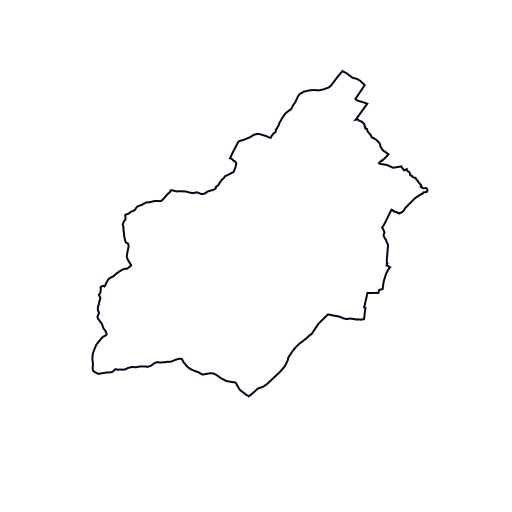 the district of Bagaciu, Mures, Romania, rotated 136°
{"feature_id": "2599482B34559158259683", "entity_name": "Bagaciu", "entity_type": "district", "adm_level": 2, "iso_a3": "ROU", "parent_name": "Romania", "parent_adm1": "Mures", "projection": "equal_earth", "projection_center": [24.35, 46.273], "detail": "fine", "context": "isolated", "style": "outline", "palette": "ink", "viewbox_px": 512, "rotation_deg": 136, "n_neighbors": 0, "source": "geoboundaries", "source_scale": "gbopen_adm2", "svg_char_len": 6032}
<svg xmlns="http://www.w3.org/2000/svg" viewBox="0 0 512 512"><g transform="rotate(136 256 256)"><path d="M271.4,362.4L274.4,361.7L276.1,362.0L283.0,361.4L285.5,361.4L286.1,361.5L286.6,361.8L289.5,364.9L291.0,366.2L294.0,367.8L296.0,369.2L297.4,370.6L297.9,370.9L299.4,371.1L300.6,371.8L302.2,371.8L303.6,372.6L306.8,373.9L308.6,373.9L309.4,373.8L310.9,373.2L311.5,373.4L313.1,373.7L315.3,374.7L316.8,374.9L318.2,374.9L321.2,376.4L321.5,376.4L323.9,373.5L324.3,373.2L324.9,372.9L327.2,372.6L329.5,371.5L330.0,371.2L331.4,368.7L332.9,367.2L335.1,364.1L337.3,361.5L338.1,360.2L339.6,357.6L340.2,356.1L339.6,354.8L339.4,353.8L340.0,353.0L340.3,352.0L340.9,351.4L344.5,349.0L348.2,346.3L349.4,345.3L349.7,344.9L350.8,342.4L352.2,336.2L352.5,335.9L353.0,335.8L355.3,336.2L357.3,336.4L357.8,336.5L358.8,337.6L360.0,338.3L361.0,338.8L361.8,338.9L362.2,339.3L363.0,339.3L364.2,339.6L368.5,340.3L372.8,340.5L375.9,341.5L377.6,341.8L378.4,341.8L382.5,340.6L385.2,339.4L385.7,339.4L386.2,339.4L386.3,340.2L386.8,340.8L388.0,341.3L389.6,341.5L390.1,340.6L392.9,338.0L393.7,337.6L396.0,337.2L397.2,333.7L401.6,331.3L403.0,330.1L404.3,329.7L405.6,328.7L406.9,327.4L407.4,326.8L407.6,326.5L408.2,324.5L408.8,324.0L409.2,323.7L411.4,322.9L412.4,322.3L413.1,320.8L414.0,314.5L414.3,313.5L415.8,310.4L416.1,309.2L416.5,306.0L417.1,304.6L417.9,303.5L418.6,303.2L419.1,303.2L421.6,304.0L422.8,304.2L425.7,304.0L432.6,303.1L440.9,299.4L442.0,298.5L445.4,295.4L448.3,291.6L451.5,288.7L452.9,286.7L452.8,285.5L452.3,283.6L451.2,280.5L448.9,279.1L446.1,277.1L443.9,275.6L442.7,274.4L440.4,272.6L437.5,272.2L436.1,272.3L435.6,272.0L434.3,270.2L429.2,265.4L425.9,264.4L422.6,262.5L419.4,259.2L416.3,257.2L414.6,255.6L412.0,253.1L411.3,251.8L410.9,251.6L408.1,250.1L403.8,249.5L400.8,248.4L399.7,246.7L398.3,245.3L395.9,243.5L394.9,242.5L393.4,241.6L391.6,239.8L390.3,238.9L386.6,237.5L384.1,236.3L382.7,235.5L380.9,233.5L381.9,230.0L382.2,225.7L382.2,222.6L381.9,221.3L381.7,220.9L381.6,220.0L380.9,218.2L379.5,214.9L378.2,212.5L377.1,208.4L376.4,207.5L373.7,205.8L369.6,202.8L368.2,200.9L367.6,199.5L366.9,196.8L366.2,193.0L365.6,190.8L364.2,186.9L363.7,185.9L361.7,183.3L360.8,181.9L359.6,180.7L358.8,179.3L358.8,178.4L359.1,177.0L359.8,174.6L360.6,170.8L359.4,162.5L358.7,161.0L358.6,160.0L352.1,159.5L346.8,159.4L341.7,157.0L337.1,156.2L320.1,156.0L313.2,156.5L310.8,157.0L305.2,159.1L303.8,160.3L303.3,160.5L295.1,162.3L290.0,162.8L286.4,162.8L279.8,162.1L276.9,161.7L271.9,161.8L271.0,161.3L270.4,161.2L258.0,163.9L244.8,164.0L242.4,160.4L238.2,154.6L236.2,150.0L234.2,147.2L232.1,146.0L230.1,143.6L227.4,139.9L226.6,139.6L224.7,137.2L223.6,136.7L222.6,135.7L222.1,135.6L213.3,142.7L213.9,143.9L204.8,149.8L201.6,152.0L193.6,144.4L190.9,146.0L187.9,144.2L184.7,146.8L181.8,149.0L176.4,152.0L173.7,153.3L173.2,153.3L170.5,154.4L169.8,154.3L169.1,154.6L167.4,154.7L167.9,156.6L168.6,158.5L166.8,159.3L167.0,159.8L164.2,162.7L154.7,171.0L153.1,172.6L152.5,174.9L151.3,177.3L151.1,178.4L151.2,178.9L149.9,182.3L149.4,182.5L148.7,183.1L147.5,183.4L146.3,185.8L145.9,187.2L145.5,188.9L143.7,189.2L140.3,190.2L132.9,192.9L126.4,195.2L125.7,193.4L126.0,193.3L125.7,192.0L124.3,189.7L124.1,188.9L124.0,187.8L123.7,187.3L123.2,187.5L122.0,186.6L121.4,186.3L120.3,186.1L118.8,186.0L117.7,186.2L115.7,186.7L114.0,186.9L101.5,187.1L95.1,186.0L93.1,185.3L92.4,185.1L91.9,185.2L91.6,185.5L88.6,183.5L87.7,183.7L87.5,183.8L87.3,184.3L86.9,184.5L86.4,185.2L86.3,186.3L86.4,186.6L87.1,187.3L88.4,188.2L88.7,188.6L88.9,189.2L89.0,189.9L89.4,190.8L89.3,191.5L88.4,191.6L88.1,191.9L88.0,192.8L88.1,193.3L87.8,194.2L88.0,195.5L87.5,197.2L87.5,198.1L87.5,199.5L87.0,201.2L87.0,201.4L87.3,201.9L88.0,202.8L88.4,204.2L88.1,205.3L88.2,205.6L88.9,206.7L88.8,207.4L88.6,207.8L87.9,208.3L87.7,209.0L87.6,209.9L87.6,210.4L87.9,210.9L87.9,211.3L87.8,212.4L87.9,212.6L87.8,213.2L87.3,213.8L88.9,214.4L89.9,214.6L89.6,219.2L89.3,219.5L95.9,224.1L96.3,224.7L98.2,229.8L98.8,230.9L103.0,236.4L103.1,237.4L99.4,237.5L99.3,236.9L93.6,236.9L90.0,237.2L90.4,239.1L90.7,241.3L91.2,242.9L91.2,244.9L90.5,248.0L89.0,250.7L88.8,251.3L88.7,252.6L88.8,255.6L88.9,256.8L89.5,258.4L89.4,259.2L89.7,259.8L90.3,260.5L90.3,260.8L89.7,263.0L89.4,263.5L89.4,265.8L89.3,266.2L89.1,268.4L88.7,269.0L88.1,269.8L87.9,270.2L88.7,271.4L88.8,272.0L88.6,272.5L87.9,272.6L87.7,273.2L87.8,273.7L87.7,273.9L87.3,274.4L87.1,274.8L86.7,275.0L86.4,277.2L86.6,278.1L86.5,279.0L87.2,280.4L87.6,281.5L88.0,281.9L87.9,283.5L88.1,284.0L88.5,284.3L89.2,284.5L89.7,284.8L70.2,288.2L70.9,289.9L74.5,296.3L75.3,298.0L75.4,299.0L75.4,299.9L59.1,303.4L59.4,309.8L60.2,312.8L61.1,314.6L62.3,316.3L62.8,317.6L63.2,319.9L63.8,324.0L64.2,325.5L65.2,328.2L65.3,329.0L73.8,328.1L83.5,326.5L85.2,326.5L87.2,326.9L89.1,327.9L91.0,328.5L91.8,329.1L93.4,330.0L95.9,331.7L96.7,332.4L97.2,333.2L99.6,335.7L102.4,337.9L104.0,339.0L105.3,339.6L107.3,341.0L108.3,341.3L109.8,341.4L111.1,342.0L111.8,342.1L112.7,342.1L116.1,341.3L117.1,340.7L118.4,340.4L120.0,339.7L121.1,339.3L124.2,338.8L127.8,337.4L128.8,337.3L133.9,338.0L136.0,338.1L137.3,337.9L140.6,337.1L141.8,337.0L143.8,336.2L146.2,335.7L148.6,334.5L152.0,333.3L153.0,333.1L154.1,333.1L154.4,332.3L155.4,331.8L156.2,331.7L158.4,331.9L160.3,331.7L162.0,331.3L163.3,330.8L164.3,332.3L165.4,335.3L167.4,338.7L168.3,340.5L168.9,341.5L170.2,342.8L172.9,344.5L176.9,345.4L178.9,346.0L183.6,347.9L186.1,349.1L187.2,349.8L189.2,350.5L200.6,346.7L206.8,344.3L206.2,343.6L205.9,342.5L206.0,340.1L205.5,339.3L205.4,338.6L205.5,337.4L205.8,336.5L206.1,336.1L206.7,335.6L209.2,334.1L213.8,332.0L216.4,332.9L217.7,333.0L218.8,333.6L219.9,333.8L222.2,334.7L223.1,334.9L224.9,334.4L227.4,334.5L228.4,334.5L229.8,334.1L232.6,333.6L233.8,333.1L236.6,333.6L237.0,333.4L237.2,333.0L237.6,332.8L238.8,332.6L241.1,333.4L244.1,335.1L246.6,336.2L247.0,336.2L247.5,336.1L249.3,336.5L249.9,336.9L250.7,337.1L251.5,337.8L252.4,338.7L254.1,342.7L255.5,343.7L257.5,344.8L258.5,346.1L259.6,347.6L261.8,351.3L266.0,355.7L268.4,357.8L270.0,360.5L271.4,362.4Z" fill="none" stroke="#020617" stroke-width="2"/></g></svg>